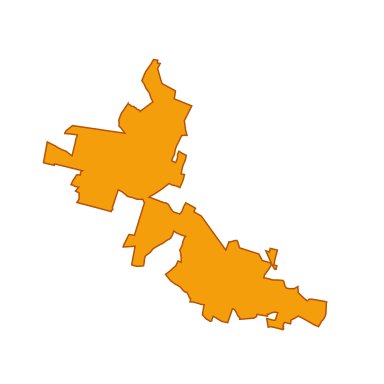 Sudzal, Yucatán, Mexico, rotated 189°
{"feature_id": "50627088B33781638054164", "entity_name": "Sudzal", "entity_type": "district", "adm_level": 2, "iso_a3": "MEX", "parent_name": "Mexico", "parent_adm1": "Yucatán", "projection": "orthographic", "projection_center": [-88.879, 20.784], "detail": "fine", "context": "isolated", "style": "filled", "palette": "amber", "viewbox_px": 384, "rotation_deg": 189, "n_neighbors": 0, "source": "geoboundaries", "source_scale": "gbopen_adm2", "svg_char_len": 5978}
<svg xmlns="http://www.w3.org/2000/svg" viewBox="0 0 384 384"><g transform="rotate(189 192 192)"><path d="M224.1,289.3L238.6,294.4L240.9,299.0L245.3,308.6L243.5,314.0L245.3,313.9L246.3,314.0L246.5,316.9L248.9,316.7L250.7,316.8L252.6,311.7L253.6,309.9L256.5,303.8L257.1,301.8L258.6,295.6L258.9,294.0L257.6,292.8L255.8,290.7L253.9,287.5L250.1,283.6L249.0,282.1L248.4,280.6L247.0,278.0L244.7,274.9L255.6,263.8L255.8,263.5L256.1,263.9L256.8,264.3L257.4,264.9L258.6,265.0L260.0,265.5L260.2,265.8L260.5,266.2L260.8,266.4L261.7,266.5L262.8,267.4L263.3,267.3L263.6,267.2L264.7,267.3L266.4,267.9L266.8,268.3L268.2,268.9L268.6,268.8L268.9,268.9L269.0,269.3L269.4,268.2L269.9,267.5L270.5,266.3L270.6,265.7L271.5,264.2L271.7,263.5L272.4,262.1L272.8,261.2L273.4,260.2L273.8,259.4L274.1,258.4L274.5,256.9L274.5,256.6L274.7,256.1L274.7,255.8L274.9,255.0L275.1,253.8L275.6,251.5L274.9,249.6L274.9,249.0L274.8,248.2L274.5,246.6L274.4,245.7L274.2,245.5L273.8,245.1L272.8,244.7L270.3,242.3L269.0,241.1L267.4,239.5L320.4,238.9L325.8,232.9L326.9,230.4L326.7,229.8L326.1,230.0L320.8,230.3L318.0,230.4L314.1,230.4L314.3,228.9L314.9,226.2L315.0,225.3L315.0,222.3L315.5,217.4L315.5,216.9L316.2,208.9L322.1,212.2L322.6,212.5L323.8,212.8L325.6,213.1L326.7,213.4L330.4,214.4L331.7,215.0L332.7,215.4L334.0,216.0L334.7,216.3L335.3,216.5L335.9,216.6L339.3,217.7L342.8,218.9L343.3,197.7L339.3,197.3L337.0,197.2L332.3,196.7L332.2,198.3L327.7,197.9L325.0,197.7L306.4,196.1L303.6,195.9L304.0,195.6L305.0,194.5L305.1,194.0L305.1,192.8L305.0,192.4L304.9,191.3L307.1,191.1L308.5,191.1L309.1,189.8L309.5,189.0L310.1,187.1L310.8,186.2L311.2,185.2L311.6,184.0L311.8,183.2L312.7,180.3L310.9,180.1L309.7,179.8L308.5,179.3L307.9,179.2L305.6,179.1L304.6,179.1L307.3,174.7L303.4,173.4L303.3,173.0L303.2,172.5L303.2,172.2L302.4,167.4L302.7,166.5L304.1,163.6L293.4,162.6L287.4,162.0L273.0,160.5L268.8,160.0L268.6,161.5L267.5,162.1L268.2,164.4L268.1,164.8L268.0,165.3L265.2,182.6L263.8,182.2L263.4,182.0L261.9,181.6L261.0,181.2L259.5,180.3L257.0,179.0L255.2,177.7L254.6,177.4L252.7,177.4L251.4,177.3L250.7,177.3L250.0,177.2L248.6,177.0L246.4,176.4L245.8,176.3L245.2,176.3L243.8,176.4L243.1,176.5L242.7,176.6L241.6,176.8L240.5,176.8L240.3,176.9L239.6,177.2L237.3,173.9L238.6,164.6L240.0,155.4L240.1,154.0L240.4,152.1L242.1,140.2L247.6,140.2L249.5,134.2L250.7,130.4L251.3,128.4L251.4,126.9L239.7,129.5L240.2,110.8L239.1,110.3L235.5,110.0L233.9,110.1L228.3,111.5L228.2,113.9L228.4,118.5L228.3,120.8L227.5,122.1L223.7,125.9L221.7,129.7L217.9,133.0L215.5,134.9L213.5,136.2L211.2,138.4L209.5,140.1L207.8,141.4L206.0,142.8L204.6,146.4L204.0,150.6L201.0,149.2L196.6,148.0L191.4,147.2L192.3,145.8L193.0,142.8L193.3,140.0L193.4,137.8L194.5,134.1L195.0,132.7L194.2,131.2L192.6,126.3L192.3,124.6L191.8,120.9L193.1,121.2L195.0,121.8L196.5,116.5L197.0,115.9L197.7,115.2L200.4,111.7L202.2,109.6L205.3,106.5L205.0,106.2L201.2,102.7L198.5,100.5L197.5,100.2L196.5,99.6L193.9,98.2L192.0,97.7L190.8,97.2L188.9,96.4L187.9,95.7L187.1,94.9L186.5,94.3L186.0,93.9L184.7,93.0L184.2,92.6L183.8,92.4L183.0,92.1L182.2,92.2L181.3,92.2L180.4,90.7L179.5,89.8L178.1,87.2L176.7,86.4L176.8,84.2L176.7,83.1L174.2,83.5L170.8,83.2L169.6,83.1L168.5,82.9L167.4,82.9L165.7,82.3L164.3,82.5L162.3,82.6L162.4,80.3L162.6,79.2L162.4,76.4L162.5,75.3L162.5,72.3L161.6,71.7L158.3,68.9L157.5,68.6L156.9,68.4L153.7,67.1L152.5,67.6L152.3,68.2L152.4,69.0L152.2,70.3L151.6,72.6L148.1,71.3L147.1,70.7L142.7,69.0L141.4,68.8L136.3,68.5L133.8,83.0L132.2,82.9L129.8,80.5L128.2,78.2L127.6,77.1L126.6,76.3L125.2,75.3L125.0,73.7L111.1,77.1L108.7,79.2L108.7,81.3L98.9,81.2L98.1,81.2L98.4,83.0L97.5,82.9L96.7,83.7L93.4,85.7L91.2,86.3L90.3,86.4L88.4,86.2L89.5,79.6L89.9,78.3L92.0,78.1L98.4,78.8L95.6,70.4L93.3,71.3L89.4,71.1L89.2,71.1L85.5,70.8L80.6,70.2L80.3,70.7L80.2,71.4L80.8,71.5L80.5,73.1L81.0,73.2L81.0,75.9L80.6,76.4L80.5,77.2L80.2,77.7L74.1,77.2L73.9,78.1L74.4,80.6L74.3,80.9L71.5,82.8L67.6,86.1L61.9,84.3L50.1,79.8L46.0,78.8L44.3,82.9L43.8,84.9L42.7,85.9L42.0,87.4L41.0,90.4L40.9,91.4L40.7,93.1L41.1,96.1L41.8,102.0L41.8,104.5L44.5,104.7L55.4,104.9L58.0,104.8L59.6,104.4L61.0,102.6L61.5,102.7L64.6,104.5L71.3,109.1L72.6,115.2L76.1,112.4L77.8,112.3L79.9,111.8L83.6,111.8L85.6,113.9L85.8,114.1L86.5,116.4L87.0,116.9L87.5,118.2L88.4,118.9L93.2,118.5L96.4,118.1L97.8,117.7L100.9,118.1L104.9,118.5L107.6,118.4L107.4,121.3L104.1,127.8L102.4,132.1L102.4,132.6L101.5,132.5L98.5,128.8L96.9,128.7L96.7,132.5L99.7,132.7L99.4,140.4L98.9,144.2L98.6,148.0L105.9,148.6L106.2,144.9L109.9,145.5L102.6,134.2L112.0,135.4L116.3,141.3L124.2,142.4L136.3,144.3L138.8,149.5L140.1,151.2L142.4,150.6L145.9,148.9L146.8,148.5L147.6,148.7L147.8,148.1L148.4,145.0L149.1,142.0L149.3,140.6L149.5,139.9L169.1,159.6L179.2,169.8L187.1,172.7L186.3,175.3L186.0,176.5L186.7,176.8L196.4,180.4L198.1,175.7L198.4,173.3L198.8,171.7L200.5,168.3L200.9,168.3L202.2,168.6L207.1,169.4L207.8,169.8L210.1,172.0L213.2,175.8L213.9,176.4L214.8,176.7L215.8,177.2L218.2,177.0L218.7,177.2L219.4,177.2L220.4,177.7L221.5,177.6L223.2,178.2L226.5,178.8L228.9,179.3L230.6,179.7L233.7,180.2L231.0,182.5L229.3,183.7L223.7,188.8L221.7,190.7L216.0,196.8L212.3,195.7L209.1,195.6L207.6,195.3L207.0,195.2L204.6,194.4L203.3,199.9L202.8,201.5L202.7,202.5L202.4,204.4L202.3,206.6L202.1,208.0L205.1,208.2L205.7,208.3L205.5,210.3L205.4,213.1L205.1,216.5L204.7,218.3L204.0,220.8L203.7,222.0L203.4,225.3L203.5,227.4L204.1,227.5L207.1,228.5L209.1,229.2L211.3,230.3L211.7,228.7L212.0,227.8L212.1,227.2L212.1,226.7L211.7,224.3L211.8,222.7L211.9,221.9L212.1,221.2L212.3,220.3L212.5,219.5L212.9,218.5L216.9,219.6L216.7,220.3L216.8,220.9L216.4,222.8L215.5,225.3L215.3,226.2L215.3,226.5L215.2,227.5L215.2,228.3L215.1,231.4L214.7,233.9L214.4,235.1L214.2,236.0L214.0,236.5L213.4,238.4L213.1,239.3L211.1,246.0L210.7,246.2L209.4,246.5L208.0,247.0L207.3,247.0L207.0,247.0L205.8,247.1L206.1,248.0L207.5,250.7L208.1,252.5L208.7,254.3L210.4,260.2L210.8,261.0L205.7,277.0L224.1,281.2L224.1,286.3L224.1,289.3Z" fill="#f59e0b" stroke="#b45309" stroke-width="1.5"/></g></svg>